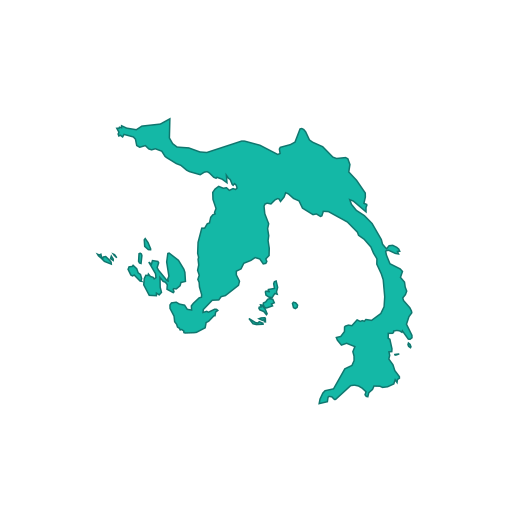 outline of Sulawesi Tengah, rotated 146°
{"feature_id": "IDN-557", "entity_name": "Sulawesi Tengah", "entity_type": "Province", "adm_level": 1, "iso_a3": "IDN", "parent_name": "Indonesia", "parent_adm1": "", "projection": "equal_earth", "projection_center": [121.786, -0.946], "detail": "fine", "context": "isolated", "style": "filled", "palette": "teal", "viewbox_px": 512, "rotation_deg": 146, "n_neighbors": 0, "source": "natural_earth", "source_scale": "10m", "svg_char_len": 6145}
<svg xmlns="http://www.w3.org/2000/svg" viewBox="0 0 512 512"><g transform="rotate(146 256 256)"><path d="M235.0,143.5L230.7,141.9L224.9,143.9L222.3,147.6L221.1,147.9L218.0,147.0L215.5,144.6L207.9,146.5L206.2,143.5L203.9,142.9L202.7,141.3L200.4,141.9L196.2,138.0L184.7,138.5L178.2,142.3L172.1,150.2L163.8,165.2L162.1,171.1L160.4,181.7L157.3,186.1L157.0,192.6L155.7,199.2L157.0,209.5L159.4,215.8L158.6,219.0L161.2,233.0L171.1,252.3L175.2,255.4L178.9,252.5L180.4,252.7L182.4,257.1L185.6,258.4L190.7,269.7L189.5,277.6L192.7,282.7L194.4,289.4L196.0,291.9L199.7,289.2L205.2,287.5L205.0,290.5L206.0,291.5L208.7,291.9L214.5,290.8L217.2,293.6L219.6,294.0L221.5,292.8L225.1,286.1L227.5,275.6L231.1,272.2L234.1,265.7L237.4,262.0L240.7,255.0L244.9,249.1L249.5,248.1L250.1,245.4L252.0,244.4L254.4,245.4L254.5,251.4L257.6,255.2L262.7,255.2L270.2,256.8L275.6,253.7L280.8,254.4L282.9,251.3L283.8,244.3L286.9,241.5L303.5,240.3L307.6,241.8L311.4,240.4L317.0,243.8L329.6,241.1L331.5,238.8L327.8,237.7L326.9,236.0L320.0,235.0L318.5,233.8L318.1,232.2L320.8,232.1L323.4,229.4L324.3,230.0L331.7,228.4L334.6,228.7L338.3,224.9L348.1,226.0L350.1,227.0L357.8,231.8L358.6,232.8L357.8,234.2L358.7,236.6L360.2,237.1L359.9,238.8L360.8,241.0L360.0,243.8L360.2,247.0L357.6,251.9L356.6,260.6L354.7,263.5L352.3,264.4L348.0,262.3L346.4,259.0L342.7,255.2L342.8,250.2L339.6,247.2L337.5,250.8L334.4,251.8L326.5,253.1L324.3,252.3L322.7,254.3L320.2,261.9L317.9,265.9L317.3,269.1L313.8,271.8L312.4,276.8L308.5,280.6L305.9,285.6L304.3,287.0L302.9,290.8L296.4,299.7L285.4,309.4L283.0,307.8L278.3,310.0L276.1,309.4L271.9,313.4L268.7,314.3L266.3,313.8L266.0,315.3L262.6,317.7L260.0,327.0L256.3,332.9L252.5,334.4L248.0,334.6L245.2,330.4L242.3,329.1L241.4,325.3L237.3,324.7L235.8,322.6L233.7,322.9L232.8,325.6L233.3,328.0L235.4,327.4L235.7,328.7L234.6,333.8L235.4,336.0L235.4,339.5L239.1,333.0L241.1,338.6L244.4,343.1L245.6,342.8L247.0,344.9L248.2,350.9L249.3,353.2L251.9,354.4L256.8,354.6L264.0,363.2L265.5,365.9L267.6,373.2L270.4,377.2L275.1,387.6L275.7,389.4L275.5,395.6L279.5,401.2L283.2,402.4L285.0,404.7L286.0,409.4L291.6,411.2L293.1,414.3L290.6,420.3L291.1,423.3L297.4,430.6L300.0,429.3L301.0,432.0L302.6,432.2L302.1,434.2L300.4,435.3L300.0,439.7L298.0,438.5L297.2,439.1L295.7,437.5L294.6,439.1L291.8,434.4L284.6,427.6L278.0,427.5L261.6,418.9L250.7,417.9L261.8,402.3L262.3,395.8L260.5,390.4L251.3,383.2L244.3,373.6L238.9,369.3L203.6,359.3L201.2,357.6L190.8,345.6L181.2,328.0L178.7,327.5L176.8,331.6L175.1,332.5L165.2,329.1L160.0,328.6L148.4,336.7L146.8,336.1L145.7,334.2L145.4,331.2L146.8,322.3L145.4,318.6L139.6,309.3L137.0,295.0L134.7,291.8L126.7,287.5L125.5,285.2L127.0,279.3L132.1,273.8L130.3,262.5L130.2,247.1L132.4,243.7L137.1,239.3L135.4,236.9L135.7,236.1L137.7,234.7L140.1,231.1L144.6,247.1L146.8,250.3L148.0,245.4L147.3,237.7L143.6,228.9L141.6,218.0L142.9,199.6L144.5,195.0L144.0,190.3L143.6,189.0L139.9,190.1L136.7,188.4L134.5,184.5L133.8,181.9L134.2,179.6L136.2,180.7L136.7,178.0L139.1,180.3L142.8,186.5L145.0,187.6L146.0,187.2L147.4,183.7L149.3,174.7L143.7,164.7L143.2,161.3L148.2,157.5L147.5,151.3L149.7,146.8L150.7,142.6L153.8,140.4L157.8,139.2L158.6,136.5L157.4,127.1L157.9,123.4L158.6,121.8L163.1,120.2L169.4,115.3L171.1,103.0L172.4,101.0L174.9,100.8L176.2,101.9L176.5,112.1L177.7,111.2L178.9,113.8L181.0,115.6L183.8,116.8L184.9,115.6L186.3,115.7L189.6,117.9L192.4,113.9L191.6,112.1L195.2,103.0L196.9,100.8L199.4,102.2L200.7,98.9L203.5,96.3L203.3,89.2L205.0,83.4L204.6,75.8L205.4,74.5L207.8,74.5L209.8,72.3L209.8,75.6L213.3,72.9L220.0,74.0L224.6,76.3L226.1,78.8L230.9,82.2L234.1,80.2L238.9,79.6L242.0,76.8L243.1,77.9L243.2,80.0L240.7,81.9L241.9,87.1L243.7,90.9L246.6,93.9L250.0,95.6L270.2,92.6L271.2,93.2L271.9,96.9L274.0,98.8L275.3,98.6L278.3,95.3L286.2,98.3L282.9,101.6L277.2,105.0L274.1,105.7L266.0,102.5L245.4,112.8L237.7,111.6L233.2,114.4L230.7,118.2L229.2,122.5L224.7,125.6L229.7,133.0L235.0,134.4L235.6,140.7L235.0,143.5ZM360.8,278.8L366.5,283.1L365.2,294.9L361.2,299.8L358.1,301.6L356.4,300.2L355.3,301.2L355.0,298.1L353.3,295.9L353.2,294.0L351.0,294.0L349.2,297.6L348.3,310.9L347.3,307.7L344.4,310.1L340.4,306.4L340.5,304.8L344.4,301.7L344.8,299.1L343.5,285.3L342.9,284.4L342.0,286.3L339.5,288.0L333.4,301.0L327.7,307.4L326.4,307.0L322.7,295.8L323.2,285.4L324.1,282.2L328.7,274.4L333.0,276.0L335.6,273.8L340.5,273.3L342.5,275.0L343.3,274.7L344.0,272.2L345.1,271.9L348.4,278.2L345.6,281.8L345.8,284.9L347.2,286.9L347.6,291.9L352.9,283.7L354.7,278.7L358.0,277.9L359.3,280.9L360.8,278.8ZM369.5,308.5L370.4,310.2L369.5,316.5L367.3,318.0L364.4,316.5L363.1,317.0L362.0,312.2L363.1,307.9L362.1,305.3L363.5,301.0L365.0,300.1L364.9,298.9L366.1,300.0L367.6,308.3L369.5,308.5ZM265.9,212.5L268.3,214.7L269.6,218.0L268.3,221.0L267.3,221.3L264.7,218.5L265.4,220.4L264.5,221.3L258.8,218.8L256.8,223.2L255.1,224.4L253.3,224.0L255.6,217.9L259.2,214.7L259.8,212.5L261.4,214.4L265.9,212.5ZM276.3,207.0L277.7,208.8L277.1,211.9L276.1,212.9L273.6,212.5L270.5,213.6L268.5,213.0L266.3,210.6L267.0,207.0L270.0,207.6L270.2,205.4L276.3,207.0ZM341.7,321.5L342.9,326.2L339.6,331.9L338.1,332.4L338.0,327.5L339.4,320.7L339.9,320.1L341.7,321.5ZM384.7,336.3L385.4,340.1L384.6,339.6L383.2,340.6L380.9,339.6L379.7,334.1L379.6,331.9L380.5,330.2L384.7,336.3ZM282.8,211.1L281.9,211.8L280.2,210.9L279.6,213.0L278.7,212.2L278.1,206.7L279.1,201.9L280.2,201.5L280.6,205.6L283.0,209.2L282.8,211.1ZM355.5,314.1L356.5,315.4L356.3,317.3L351.7,323.3L350.5,323.1L349.9,321.8L350.4,320.1L355.5,314.1ZM296.4,201.5L296.8,208.1L293.6,201.0L291.9,199.4L290.0,199.7L287.9,196.4L288.3,195.5L294.0,198.9L296.4,201.5ZM249.3,195.0L249.0,192.0L250.7,190.4L252.8,190.4L253.8,192.2L252.3,196.3L250.8,196.7L249.3,195.0ZM286.6,199.0L288.6,202.3L286.4,201.8L283.2,199.9L283.1,199.1L285.0,196.1L285.8,196.8L285.1,198.8L286.6,199.0ZM178.3,94.1L179.2,93.6L180.0,95.7L179.6,97.5L178.3,98.6L177.7,96.6L178.3,94.1ZM385.8,341.7L386.5,344.3L386.4,346.1L385.4,344.5L383.6,344.2L384.8,341.1L385.8,341.7ZM376.9,332.2L378.1,335.1L376.0,336.8L376.1,333.2L376.9,332.2ZM192.0,94.7L195.6,95.7L196.5,97.0L192.0,94.7ZM372.4,332.4L373.2,336.2L373.2,337.3L372.5,336.2L372.4,332.4Z" fill="#14b8a6" stroke="#0f766e" stroke-width="1.5"/></g></svg>